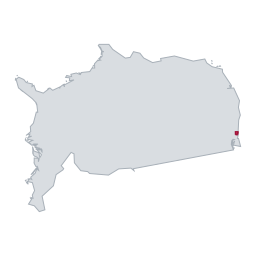 location of Clatsop, Oregon, United States of America, rotated 180°
{"feature_id": "52423323B41854352046463", "entity_name": "Clatsop", "entity_type": "district", "adm_level": 2, "iso_a3": "USA", "parent_name": "United States of America", "parent_adm1": "Oregon", "projection": "albers", "projection_center": [-123.747, 46.022], "detail": "fine", "context": "in_parent", "style": "filled", "palette": "rose", "viewbox_px": 256, "rotation_deg": 180, "n_neighbors": 0, "source": "geoboundaries", "source_scale": "gbopen_adm2", "svg_char_len": 4152}
<svg xmlns="http://www.w3.org/2000/svg" viewBox="0 0 256 256"><g transform="rotate(180 128 128)"><path d="M202.6,70.2L213.9,59.8L211.1,46.2L216.7,44.4L221.7,50.2L227.5,51.9L224.2,57.1L224.8,58.4L223.0,57.7L223.7,60.9L221.4,65.4L223.6,73.4L227.6,74.3L228.8,72.9L227.5,72.0L228.4,72.2L229.5,73.4L226.1,77.4L224.3,76.6L225.3,78.8L220.8,82.8L218.9,87.9L218.3,86.3L217.3,85.6L218.7,89.7L220.1,89.5L221.8,92.6L221.8,98.0L217.6,97.6L217.6,94.2L216.9,97.0L219.3,99.1L221.4,99.8L222.7,101.2L223.5,109.4L222.0,105.0L217.1,103.2L216.2,98.4L214.5,101.2L219.0,106.1L215.5,106.1L214.7,106.8L214.4,104.6L214.0,104.1L214.0,106.0L214.7,107.2L219.9,106.8L219.7,108.4L216.8,107.6L215.9,107.7L219.6,108.6L220.8,108.4L221.2,110.2L219.3,109.9L222.5,110.8L222.2,111.3L220.6,110.9L218.0,111.9L222.2,112.0L224.0,110.7L229.2,114.5L225.0,111.7L227.2,113.9L223.3,115.7L227.5,116.5L228.3,115.0L228.2,118.3L224.3,119.8L227.2,119.6L226.1,121.9L228.8,121.4L225.3,124.4L225.7,129.4L222.6,132.8L219.7,143.9L218.3,143.7L219.2,151.7L219.9,153.3L223.8,157.4L237.5,168.1L239.9,176.6L237.3,178.8L232.2,176.5L229.8,173.5L223.6,172.0L224.0,169.5L222.1,170.7L220.1,165.3L212.7,162.9L206.1,168.0L203.3,165.7L196.0,169.1L196.4,167.5L195.7,169.2L192.7,171.4L191.5,169.1L191.8,171.0L182.0,176.1L186.7,175.3L186.2,178.1L190.4,178.6L189.3,180.5L184.4,179.4L185.1,181.7L179.7,183.0L175.7,181.4L174.6,183.5L166.3,184.4L163.1,189.1L163.9,187.9L161.3,188.0L161.5,192.2L157.8,196.3L158.6,195.2L155.4,195.9L156.9,196.8L153.9,199.7L154.0,204.3L152.1,204.2L153.9,204.9L155.5,208.6L157.7,210.4L156.9,211.6L147.1,211.6L143.3,206.6L130.7,197.9L125.8,198.6L122.5,204.3L116.1,202.8L112.3,198.0L103.4,193.4L94.9,195.1L95.4,197.5L81.6,200.0L62.7,194.9L51.2,197.0L49.2,193.0L43.9,189.3L33.6,186.8L33.4,183.7L24.6,170.5L24.8,169.1L26.6,170.8L25.4,167.9L28.9,167.5L22.3,168.0L16.5,155.3L17.6,148.6L15.7,140.9L17.3,136.0L18.0,121.7L21.0,122.1L17.7,121.4L18.6,117.5L17.5,117.6L15.4,109.5L22.6,110.9L21.3,115.1L23.6,112.1L23.4,115.6L21.7,116.5L23.0,116.7L24.3,115.2L24.7,111.6L22.5,106.1L122.7,87.3L122.0,85.3L125.1,87.9L137.3,87.1L147.5,80.9L166.4,82.5L168.3,84.4L175.2,85.3L181.6,93.2L182.0,102.2L184.9,103.6L194.8,90.3L192.3,87.4L193.1,86.1L199.9,81.4L202.6,70.2ZM223.2,83.1L225.1,81.2L219.1,88.6L223.5,81.8L223.2,83.1ZM23.2,109.5L24.2,111.7L24.1,112.1L22.8,110.4L23.2,109.5ZM157.3,209.8L155.0,206.9L154.4,204.9L155.3,206.9L157.3,209.8ZM224.8,57.0L225.5,57.9L225.0,57.9L224.8,57.0ZM176.2,182.4L176.7,183.0L175.7,182.8L176.2,182.4ZM37.7,190.0L38.9,189.4L39.0,189.6L37.7,190.0ZM36.5,189.7L36.0,190.3L35.6,189.8L36.5,189.7ZM228.0,76.1L227.9,77.1L227.6,77.1L228.0,76.1ZM154.5,202.9L154.4,204.7L154.9,201.2L154.5,202.9ZM233.2,164.5L235.8,166.6L232.8,164.4L233.2,164.5ZM43.9,192.3L44.5,193.2L43.8,192.4L43.9,192.3ZM240.6,176.7L240.2,178.1L240.6,175.4L240.6,176.7ZM230.7,116.0L230.5,117.6L229.5,114.6L230.7,116.0ZM22.1,107.6L22.2,108.3L21.8,108.0L22.1,107.6ZM157.2,197.4L155.7,198.7L157.1,197.2L157.2,197.4ZM230.1,74.9L230.6,75.6L229.9,75.9L230.1,74.9ZM44.0,194.8L44.5,195.8L43.9,194.9L44.0,194.8ZM155.5,199.4L155.0,200.0L155.4,199.2L155.5,199.4ZM223.2,102.6L223.3,104.7L222.9,102.0L223.2,102.6ZM162.9,190.0L162.0,191.0L163.2,189.4L162.9,190.0ZM219.8,152.3L220.3,153.6L219.7,152.8L219.8,152.3ZM229.2,121.3L229.1,121.7L229.4,120.3L229.2,121.3ZM208.6,166.3L207.7,167.6L207.2,167.7L208.6,166.3ZM192.1,171.4L192.0,171.7L191.2,172.0L192.1,171.4ZM228.5,174.4L229.1,175.1L228.2,174.3L228.5,174.4ZM189.7,174.6L189.9,175.5L189.2,174.1L189.7,174.6ZM239.0,180.3L238.3,180.8L239.2,180.0L239.0,180.3ZM221.9,93.2L222.0,94.2L221.8,92.8L221.9,93.2ZM230.0,118.3L229.8,118.8L229.7,118.9L230.0,118.3Z" fill="#d9dde1" stroke="#a8b0b8" stroke-width="1"/><path d="M20.5,124.2L20.5,123.9L20.5,123.7L20.5,122.7L20.5,122.1L20.4,122.1L20.2,121.9L20.2,121.7L20.0,121.4L19.9,121.4L19.9,121.5L19.7,121.6L19.4,121.8L19.3,121.7L19.3,121.8L19.2,121.9L18.9,121.8L18.7,121.9L18.6,122.0L18.4,122.0L18.3,121.9L18.2,121.8L18.0,121.7L17.9,121.6L18.0,121.8L18.1,122.0L18.2,122.3L18.2,122.6L18.3,122.7L18.3,122.9L18.2,123.1L18.0,123.3L18.1,123.5L18.1,123.9L18.1,124.2L19.1,124.2L20.0,124.2L20.5,124.2Z" fill="#f43f5e" stroke="#9f1239" stroke-width="1.5"/></g></svg>